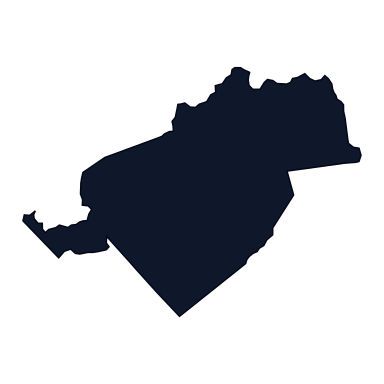 outline of Quebrangulo, Alagoas, Brazil
{"feature_id": "56859067B65057144829282", "entity_name": "Quebrangulo", "entity_type": "district", "adm_level": 2, "iso_a3": "BRA", "parent_name": "Brazil", "parent_adm1": "Alagoas", "projection": "robinson", "projection_center": [-36.476, -9.309], "detail": "fine", "context": "isolated", "style": "filled", "palette": "ink", "viewbox_px": 384, "rotation_deg": 0, "n_neighbors": 0, "source": "geoboundaries", "source_scale": "gbopen_adm2", "svg_char_len": 1534}
<svg xmlns="http://www.w3.org/2000/svg" viewBox="0 0 384 384"><path d="M23.0,220.9L37.3,235.7L58.7,257.8L61.5,254.6L64.3,251.3L70.7,249.1L75.3,253.4L79.7,254.0L87.9,252.4L92.8,252.4L98.0,251.6L106.2,249.8L109.0,246.8L106.3,243.0L106.6,236.3L130.4,262.8L136.8,270.1L157.0,292.5L179.5,316.3L245.6,263.6L246.8,259.6L249.1,256.6L252.9,253.4L257.1,251.6L259.3,248.2L263.9,245.4L266.7,240.0L272.7,234.8L272.7,227.9L293.6,195.0L287.0,171.1L344.2,163.2L355.8,162.3L359.0,161.5L361.0,155.3L359.0,148.2L353.4,147.3L348.4,143.3L347.6,138.1L345.1,118.4L343.6,111.3L343.5,104.8L341.0,101.7L337.0,99.2L335.9,95.5L333.9,92.5L332.6,89.1L331.8,83.9L328.4,78.8L324.8,75.6L321.3,79.7L315.1,81.1L309.9,78.7L304.8,73.7L297.6,77.5L292.5,78.5L290.7,82.3L286.8,84.1L276.9,83.5L272.9,80.6L267.5,79.5L264.4,82.3L260.0,89.3L252.8,89.3L249.0,85.5L248.2,79.9L248.7,75.9L249.6,72.4L243.5,69.6L240.6,67.7L234.8,67.7L232.1,69.6L231.2,74.8L226.3,77.9L222.4,83.7L215.3,85.7L215.7,92.3L210.8,94.8L206.7,101.7L199.3,104.2L195.5,107.4L190.2,107.1L184.8,103.0L181.2,104.0L177.9,104.4L176.9,109.8L175.3,117.4L172.1,121.4L173.1,126.2L173.4,131.3L169.3,131.6L164.5,133.9L161.9,136.4L158.3,137.8L104.8,157.5L83.0,172.4L81.6,178.4L80.9,183.0L80.5,194.0L82.6,199.7L82.3,205.2L88.1,205.8L91.7,209.4L88.9,214.1L87.1,220.7L83.1,220.9L79.5,222.1L76.3,224.5L71.4,225.1L68.0,227.5L59.4,225.1L55.7,227.7L48.8,229.5L45.3,232.6L42.4,229.1L42.3,223.3L38.0,223.3L34.2,218.7L33.6,214.9L35.3,210.9L29.7,215.4L24.3,214.9L23.0,220.9Z" fill="#0f172a" stroke="#020617" stroke-width="1.5"/></svg>